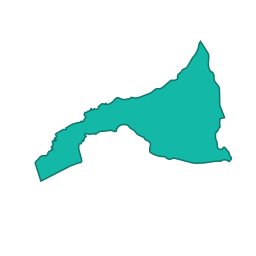 an SVG outline of Extrême-Nord, rotated 253°
{"feature_id": "CMR-1462", "entity_name": "Extrême-Nord", "entity_type": "Province", "adm_level": 1, "iso_a3": "CMR", "parent_name": "Cameroon", "parent_adm1": "", "projection": "natural_earth1", "projection_center": [14.611, 11.501], "detail": "fine", "context": "isolated", "style": "filled", "palette": "teal", "viewbox_px": 256, "rotation_deg": 253, "n_neighbors": 0, "source": "natural_earth", "source_scale": "10m", "svg_char_len": 4179}
<svg xmlns="http://www.w3.org/2000/svg" viewBox="0 0 256 256"><g transform="rotate(253 128 128)"><path d="M125.0,34.1L125.8,35.1L126.3,36.1L126.4,37.1L126.4,38.4L125.5,41.2L125.5,42.0L126.0,43.0L127.7,44.4L128.7,45.5L128.7,47.9L128.8,48.4L129.0,48.7L129.3,48.8L129.7,48.6L129.7,49.2L129.8,49.8L130.1,50.1L130.6,50.0L131.6,49.1L132.0,49.0L132.4,49.2L132.5,49.5L132.5,49.9L132.7,50.3L133.6,51.0L134.0,51.4L134.8,51.9L136.4,51.4L137.3,51.8L137.7,52.8L136.9,54.9L137.5,55.9L138.3,54.4L138.6,54.2L139.1,54.4L139.6,54.9L139.9,55.5L140.1,56.1L140.4,57.1L141.4,57.2L143.2,56.8L143.8,58.0L145.5,65.7L145.3,66.1L144.9,67.0L144.8,67.5L144.8,68.2L144.9,68.3L145.1,68.3L145.5,68.8L145.4,68.5L145.7,68.4L146.0,68.6L146.3,68.8L146.3,69.0L146.2,69.7L146.3,70.0L147.0,71.6L147.9,76.3L147.8,76.9L147.8,81.2L147.7,82.0L147.4,83.0L147.4,83.8L147.5,84.3L147.8,84.5L148.0,84.9L148.1,85.5L147.9,85.9L147.5,86.0L147.2,86.3L147.4,87.2L147.7,87.6L149.0,88.7L150.2,90.3L151.0,91.0L151.6,90.9L152.5,90.1L153.5,90.0L154.5,90.5L155.5,91.5L155.3,91.9L155.1,92.6L155.0,93.3L155.3,93.9L155.7,94.4L155.8,94.8L155.6,95.3L155.5,96.0L156.1,97.0L157.0,97.9L157.2,98.6L155.7,98.8L155.5,99.1L155.6,99.7L155.9,100.4L156.1,100.7L156.3,101.3L155.9,101.9L155.4,102.4L155.1,102.9L155.2,104.5L155.6,105.5L156.2,106.0L157.2,106.1L157.5,106.8L158.8,110.4L158.5,111.0L157.7,112.0L157.4,112.6L157.5,112.8L158.0,113.4L158.1,113.9L157.9,114.1L157.5,114.2L157.2,114.2L156.5,115.6L156.4,116.8L156.6,118.0L157.5,120.9L158.0,122.0L159.5,124.2L160.2,126.2L159.5,127.9L157.0,131.0L156.5,132.2L156.1,133.4L155.8,136.6L155.5,137.6L155.5,138.3L155.7,138.8L156.0,139.1L156.2,139.4L156.3,140.0L155.9,141.1L154.7,143.1L154.4,144.1L154.0,148.0L154.4,154.4L154.8,159.8L156.3,163.8L156.8,164.7L157.1,165.8L157.0,167.4L156.3,170.0L156.4,172.4L160.5,181.5L161.0,183.0L160.9,184.0L160.3,185.1L160.0,186.7L160.0,188.2L160.3,189.4L160.7,189.7L161.2,190.0L161.8,190.2L162.4,190.3L162.9,190.4L163.3,190.7L163.6,191.0L164.6,191.6L165.1,192.6L165.9,195.0L166.7,195.9L167.4,196.6L167.9,197.4L168.1,198.6L168.2,200.2L168.5,201.5L169.1,202.5L176.5,210.5L178.5,213.8L179.3,214.3L179.3,214.5L181.8,217.0L185.3,219.5L187.2,220.2L189.6,222.6L188.6,222.9L176.6,226.3L173.5,226.4L164.5,223.1L161.3,222.9L158.8,223.2L158.3,223.4L157.7,223.8L156.8,224.8L156.2,225.2L154.7,225.6L153.0,225.5L149.9,224.6L147.4,224.5L140.7,227.0L138.5,226.8L122.8,222.4L109.7,223.4L109.6,223.2L110.1,219.4L109.5,218.4L104.6,216.7L103.7,216.7L102.1,216.3L101.0,214.6L99.3,213.2L99.1,212.9L97.7,210.6L97.0,210.1L95.2,209.4L92.3,208.7L91.2,208.7L89.0,208.9L86.9,208.7L83.5,207.9L82.7,208.0L81.9,208.2L81.0,209.1L80.6,209.8L80.3,210.6L80.3,211.3L80.5,211.9L81.3,213.3L81.6,214.0L81.3,214.6L80.6,215.1L77.2,216.4L75.9,217.1L75.1,217.4L74.1,217.2L72.1,217.2L69.5,218.1L68.8,218.1L68.2,217.7L67.7,217.3L66.6,215.2L66.4,214.7L66.9,214.4L68.1,213.4L68.7,212.5L69.6,210.3L69.7,209.5L69.6,208.8L69.2,207.5L69.2,206.7L70.5,202.8L72.3,191.0L74.3,183.1L75.8,179.5L85.4,163.8L85.7,163.0L86.1,162.1L85.7,159.7L86.0,158.4L86.6,157.3L87.4,156.5L89.5,155.1L90.1,154.1L91.0,151.6L92.3,149.0L94.1,146.4L96.1,144.0L98.2,142.1L99.9,142.1L102.0,142.8L105.7,144.7L106.8,144.9L108.0,144.5L109.2,143.8L110.1,143.0L111.6,141.3L112.3,140.9L113.7,140.7L114.1,140.5L118.9,135.4L119.9,134.8L123.1,133.6L124.3,132.9L126.2,130.9L127.4,130.1L130.1,128.9L131.1,128.3L131.7,127.2L132.3,125.7L132.7,124.1L132.9,122.8L132.8,121.2L132.5,120.0L131.9,118.9L131.1,117.9L130.8,117.5L130.6,117.0L130.4,116.6L130.0,116.4L129.1,116.4L128.8,116.3L128.3,115.5L128.3,115.0L128.5,114.4L130.5,111.4L130.9,110.4L132.0,104.0L132.6,102.0L132.8,99.9L132.8,99.5L132.7,98.8L131.7,96.1L131.6,94.9L132.6,94.2L132.5,93.5L133.4,89.0L133.7,88.3L134.0,87.9L134.1,87.5L135.1,86.3L135.1,85.6L134.8,85.0L134.2,84.6L133.7,84.8L133.0,85.3L132.3,85.6L132.0,85.3L131.6,84.0L130.8,83.2L129.7,82.5L128.6,81.7L129.2,81.3L129.4,81.2L129.4,80.8L128.8,80.5L127.2,79.1L126.8,78.7L126.7,78.1L127.0,77.2L126.8,76.5L125.3,75.6L121.9,74.7L110.9,74.3L110.0,74.1L109.3,73.6L108.8,72.6L108.8,71.9L109.1,70.0L109.1,68.8L108.9,67.7L108.8,67.4L108.7,62.6L105.7,45.9L102.7,29.2L121.6,29.0L122.6,29.7L125.0,34.1Z" fill="#14b8a6" stroke="#0f766e" stroke-width="1.5"/></g></svg>